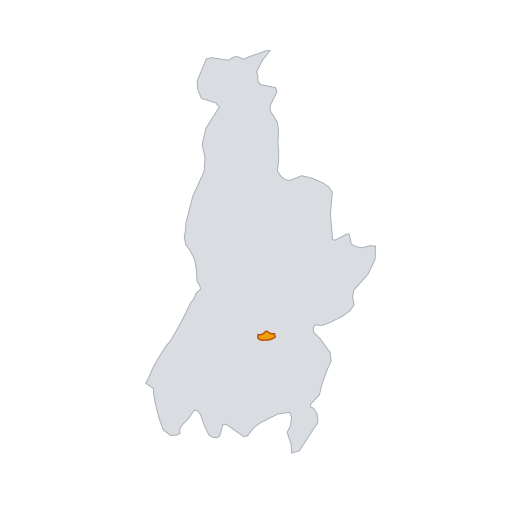 Borovnica on a map of Slovenia (Natural Earth projection), rotated 290°
{"feature_id": "SVN-937", "entity_name": "Borovnica", "entity_type": "Municipality", "adm_level": 1, "iso_a3": "SVN", "parent_name": "Slovenia", "parent_adm1": "", "projection": "natural_earth1", "projection_center": [14.381, 45.913], "detail": "fine", "context": "in_parent", "style": "filled", "palette": "amber", "viewbox_px": 512, "rotation_deg": 290, "n_neighbors": 0, "source": "natural_earth", "source_scale": "10m", "svg_char_len": 2113}
<svg xmlns="http://www.w3.org/2000/svg" viewBox="0 0 512 512"><g transform="rotate(290 256 256)"><path d="M453.9,199.1L442.7,195.2L429.2,193.5L426.7,195.7L421.3,197.8L418.6,201.7L420.9,216.9L417.6,219.5L402.3,218.0L397.3,219.7L389.1,230.3L380.6,234.7L369.8,237.9L361.8,241.7L351.8,245.0L343.1,247.1L339.8,251.7L337.7,256.8L338.3,261.7L347.1,271.5L348.3,281.9L347.5,294.6L345.5,301.4L342.0,305.9L320.5,311.7L298.1,322.2L297.6,324.6L307.9,333.9L308.3,336.2L299.8,341.5L299.0,346.7L300.0,352.9L304.5,359.2L306.2,364.9L293.9,369.0L277.2,367.5L257.4,359.6L250.5,360.7L243.8,364.8L236.9,363.1L229.4,358.2L218.7,348.1L213.5,341.9L211.4,335.2L208.5,334.3L204.1,336.2L200.4,344.3L190.6,358.6L183.3,362.5L172.3,361.7L156.9,361.9L147.3,363.1L135.5,358.0L132.7,359.0L132.6,362.4L128.3,367.6L121.0,371.1L87.7,363.3L83.0,356.8L90.5,353.8L101.0,345.5L108.1,346.4L116.8,344.6L120.6,341.1L115.1,330.6L101.3,317.6L93.9,312.6L83.8,309.4L82.1,305.9L87.7,285.4L86.1,282.5L74.5,283.5L71.8,281.3L70.9,277.8L71.7,272.9L79.5,265.0L88.2,257.9L90.5,253.9L90.2,250.8L79.1,247.7L72.5,244.5L67.2,243.4L63.5,245.2L60.8,243.2L58.1,237.3L60.9,228.3L70.9,220.0L81.6,212.7L90.9,207.3L96.3,205.0L98.9,195.8L104.4,196.8L115.4,197.3L127.7,199.4L139.2,201.9L149.2,205.2L170.4,208.6L189.6,210.6L195.4,212.5L200.2,212.4L206.0,215.2L209.4,213.0L211.9,209.3L222.4,204.9L232.1,199.2L238.8,191.9L242.6,186.2L249.2,182.1L256.3,181.0L262.8,178.9L290.0,176.2L318.0,178.3L331.3,174.3L342.3,167.3L358.4,165.3L359.2,165.3L383.3,170.6L385.1,167.5L386.1,166.1L385.5,150.8L393.1,143.9L400.1,140.9L424.1,141.9L427.2,146.6L428.6,153.9L430.8,163.6L434.8,166.3L437.0,170.1L436.7,176.9L441.4,181.9L452.5,195.6L453.9,199.1Z" fill="#d9dde1" stroke="#a8b0b8" stroke-width="1"/><path d="M186.2,301.7L185.7,301.2L185.2,300.9L184.1,299.9L182.5,298.1L181.7,297.0L179.2,291.2L178.8,289.8L178.7,288.4L179.2,286.5L179.7,286.0L180.1,285.5L182.8,284.8L183.3,287.0L185.1,289.0L186.1,289.9L187.3,290.6L188.0,290.6L188.7,291.1L189.0,291.7L188.6,293.7L188.4,295.5L188.0,296.6L189.3,300.0L187.9,300.5L187.1,301.5L186.2,301.7Z" fill="#f59e0b" stroke="#b45309" stroke-width="1.5"/></g></svg>